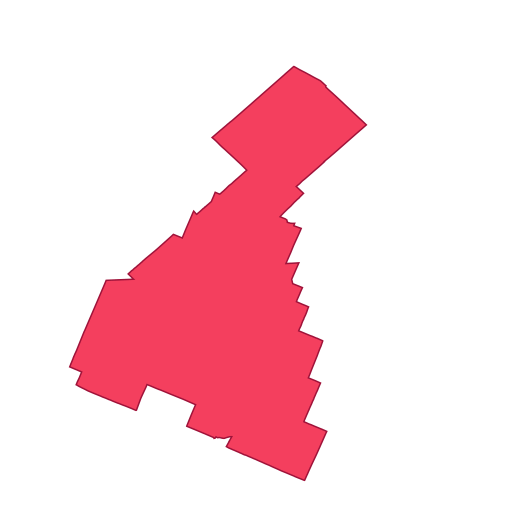 the district of Motatei, Dolj, Romania, rotated 202°
{"feature_id": "2599482B85441344014626", "entity_name": "Motatei", "entity_type": "district", "adm_level": 2, "iso_a3": "ROU", "parent_name": "Romania", "parent_adm1": "Dolj", "projection": "equal_earth", "projection_center": [23.194, 44.054], "detail": "fine", "context": "isolated", "style": "filled", "palette": "rose", "viewbox_px": 512, "rotation_deg": 202, "n_neighbors": 0, "source": "geoboundaries", "source_scale": "gbopen_adm2", "svg_char_len": 5848}
<svg xmlns="http://www.w3.org/2000/svg" viewBox="0 0 512 512"><g transform="rotate(202 256 256)"><path d="M291.9,445.9L292.3,445.3L294.9,440.1L296.8,436.4L298.5,432.9L300.1,429.7L314.5,401.1L318.4,393.3L329.0,372.4L330.6,369.7L330.9,368.9L331.7,367.6L332.6,365.7L336.2,358.9L339.9,351.7L341.1,349.4L336.3,347.7L333.9,346.7L331.2,345.5L327.9,344.2L324.7,343.1L321.1,341.7L316.3,339.9L314.4,339.2L303.5,335.0L301.6,334.2L296.7,332.1L296.8,331.7L297.2,331.1L297.6,330.3L297.8,330.0L299.8,325.9L300.0,325.4L301.0,323.5L301.4,322.6L301.5,322.5L301.8,321.9L302.0,321.4L303.1,319.4L303.7,318.1L304.1,317.4L304.5,316.5L304.6,316.3L304.7,316.1L305.7,313.9L305.9,313.6L306.2,313.1L306.7,312.3L307.2,311.5L307.6,310.7L308.7,308.1L309.1,307.1L309.7,305.9L310.1,304.9L310.7,303.7L311.3,302.6L312.0,301.2L312.4,300.4L312.6,300.3L312.7,300.0L312.9,299.7L317.7,299.8L317.7,298.2L317.7,297.2L317.7,296.1L317.7,295.5L317.7,295.4L317.8,291.7L317.8,289.8L319.7,285.9L320.1,285.2L321.1,283.2L321.5,282.3L321.9,282.1L321.9,281.9L322.2,281.1L322.5,280.4L322.8,280.2L323.6,278.4L324.7,276.1L325.9,273.9L326.2,273.3L326.4,272.7L326.6,272.4L327.0,272.5L327.6,272.8L328.2,273.1L329.6,273.8L330.6,274.3L330.7,272.9L330.8,266.6L331.1,253.7L331.1,247.5L331.1,245.1L338.3,245.1L340.7,245.1L341.6,243.1L350.5,225.0L352.4,221.4L356.8,213.3L359.0,209.0L359.3,208.4L359.3,208.2L359.6,207.6L360.0,206.9L361.1,204.6L361.5,203.8L361.9,203.2L363.2,200.5L363.9,199.4L364.1,199.0L364.3,198.6L364.5,198.2L364.9,197.2L365.2,196.6L365.8,195.8L366.2,194.9L366.4,194.4L367.0,193.2L367.8,191.5L364.1,190.0L360.8,188.6L385.8,177.3L385.8,176.3L385.8,174.2L386.2,153.8L386.9,122.6L387.0,121.5L387.0,119.8L387.0,118.8L387.0,116.0L387.0,115.2L387.0,112.3L387.0,111.6L387.0,107.7L387.0,106.4L387.0,104.0L387.0,103.0L387.0,101.2L387.1,98.9L387.1,98.4L387.2,97.7L387.2,97.1L387.2,96.2L387.2,95.5L387.3,94.5L387.2,93.6L387.3,93.0L387.2,92.3L387.2,91.2L387.2,90.2L387.2,89.1L387.2,88.7L387.2,87.9L387.2,87.3L387.3,86.9L387.2,86.7L387.2,83.4L374.2,83.2L374.2,82.1L374.2,76.9L374.5,72.4L374.5,69.3L374.4,69.3L371.1,68.8L369.5,68.7L367.5,68.5L366.8,68.5L364.5,68.3L363.3,68.2L362.5,68.1L361.2,68.0L355.3,67.9L350.5,67.9L349.0,67.9L347.0,67.9L345.7,67.8L342.2,67.9L338.5,67.8L337.1,67.9L334.2,67.8L333.0,67.8L329.6,67.8L329.0,67.8L328.2,67.9L327.9,67.9L327.4,67.9L323.0,67.9L321.4,68.0L320.0,68.0L319.4,68.0L314.1,68.0L311.1,67.9L309.5,67.9L309.2,68.1L309.1,68.3L309.5,80.8L309.4,83.5L309.2,87.7L308.9,93.2L308.9,96.0L304.9,96.0L299.1,95.9L295.5,95.9L295.4,96.0L294.3,96.0L283.4,95.9L279.7,95.9L269.5,95.9L256.3,95.5L256.5,84.6L256.5,79.3L256.5,74.6L256.5,72.6L256.4,72.4L256.4,72.2L243.3,72.1L230.5,71.9L227.2,71.8L226.8,71.5L226.6,71.2L225.7,71.8L225.3,73.3L223.6,73.1L222.4,73.8L221.6,74.1L219.4,74.4L218.0,74.7L217.0,75.1L215.7,76.3L212.8,78.5L211.1,79.3L210.8,79.4L211.5,74.0L211.4,74.0L211.8,70.7L212.1,68.2L211.5,68.2L211.1,68.0L209.8,67.9L209.3,67.8L208.7,67.8L208.4,67.8L207.3,67.8L207.1,67.7L206.9,67.8L206.5,67.8L205.7,67.7L205.3,67.7L205.1,67.7L204.0,67.7L203.2,67.7L200.7,67.6L200.4,67.6L198.3,67.6L197.5,67.5L196.2,67.5L195.7,67.5L195.4,67.5L194.3,67.4L192.4,67.3L192.0,67.3L191.7,67.4L191.1,67.5L190.8,67.5L190.1,67.5L189.1,67.5L188.5,67.4L185.4,67.4L184.7,67.4L182.6,67.3L181.0,67.3L179.1,67.3L178.6,67.2L177.7,67.2L174.9,67.1L173.8,67.1L169.4,66.9L165.5,66.9L162.1,66.7L155.8,66.5L152.1,66.3L148.0,66.3L138.5,66.2L137.3,66.1L136.4,66.1L136.0,66.1L135.1,66.1L134.8,66.1L134.1,66.1L131.4,66.1L130.9,66.1L130.2,66.1L128.4,66.1L127.8,66.1L127.1,66.1L126.9,66.2L126.8,68.9L126.7,71.9L126.6,73.2L126.6,74.4L126.5,77.3L126.2,84.2L125.8,91.0L125.6,94.6L125.4,99.7L125.4,100.5L125.3,102.3L125.2,105.9L125.1,108.3L124.8,118.1L124.7,119.2L124.7,119.9L127.5,120.0L137.0,120.1L138.2,120.1L141.6,120.2L144.2,120.1L145.9,120.2L149.5,120.3L149.6,121.3L149.6,122.1L149.5,126.2L149.5,127.8L149.4,129.3L149.4,129.7L149.4,131.7L149.3,132.8L149.3,134.2L149.3,135.3L149.2,137.4L149.2,138.2L149.1,139.0L149.1,142.4L149.0,143.5L148.9,145.2L149.0,145.9L149.0,146.6L148.9,149.1L148.9,151.0L148.7,154.3L148.7,155.8L148.7,158.0L148.6,162.4L154.4,162.6L161.8,162.6L161.8,165.3L161.9,172.3L161.9,175.7L161.9,178.9L161.9,181.9L161.9,186.6L162.0,188.8L162.1,194.5L162.0,196.4L162.3,202.3L162.5,202.4L163.1,202.4L166.0,202.5L168.5,202.6L169.3,202.5L174.1,202.6L175.5,202.5L177.0,202.5L185.5,202.6L188.4,202.6L188.4,205.0L188.2,207.5L188.2,209.7L188.3,210.6L188.3,211.9L188.3,213.8L188.1,215.0L188.2,215.9L188.2,217.1L188.0,219.7L188.0,221.7L188.0,223.0L188.2,226.4L188.2,228.5L191.3,228.6L195.0,228.6L199.1,228.7L201.4,228.8L201.5,230.9L201.4,233.6L201.3,237.0L201.3,239.4L201.1,244.1L210.0,244.1L211.6,244.1L214.2,247.8L213.7,265.7L219.8,262.8L221.6,262.0L225.4,260.2L225.4,261.0L225.4,262.5L225.3,266.0L225.2,268.8L225.2,269.5L225.1,271.8L225.1,279.9L224.5,293.7L224.4,296.9L224.4,298.5L232.3,298.2L232.4,300.8L233.0,300.5L234.5,299.9L236.3,299.3L237.5,299.2L238.7,299.0L239.5,299.0L239.8,299.1L239.9,299.6L239.9,299.8L240.3,300.1L240.6,300.3L240.8,300.9L241.2,301.0L241.9,301.2L242.8,301.4L245.1,301.4L246.1,301.4L248.4,301.4L248.0,302.7L246.3,306.9L244.2,311.7L243.3,313.5L242.4,315.4L242.1,316.1L241.8,317.1L241.4,318.0L240.6,320.2L239.9,321.6L239.3,323.0L238.7,324.3L238.3,325.0L237.9,325.7L237.6,326.7L237.2,327.8L236.7,328.9L236.3,329.8L236.0,330.6L235.4,331.9L236.9,332.5L244.7,335.5L244.1,336.7L242.7,339.3L241.2,342.9L239.4,346.1L230.3,364.0L228.1,368.6L227.9,369.0L228.2,369.1L228.0,369.5L224.8,375.4L219.8,385.2L208.8,407.1L202.8,418.9L209.3,421.5L211.5,422.3L216.7,424.3L230.5,429.6L236.1,431.8L245.6,435.4L248.9,436.6L251.1,437.4L252.4,437.9L253.6,438.4L254.3,438.6L254.6,438.8L254.9,439.3L255.0,439.8L254.9,440.0L257.8,441.1L261.3,442.4L262.1,442.6L264.4,442.9L265.8,443.0L268.8,443.3L278.9,444.5L282.4,444.8L285.6,445.1L291.5,445.9L291.9,445.9Z" fill="#f43f5e" stroke="#9f1239" stroke-width="1.5"/></g></svg>